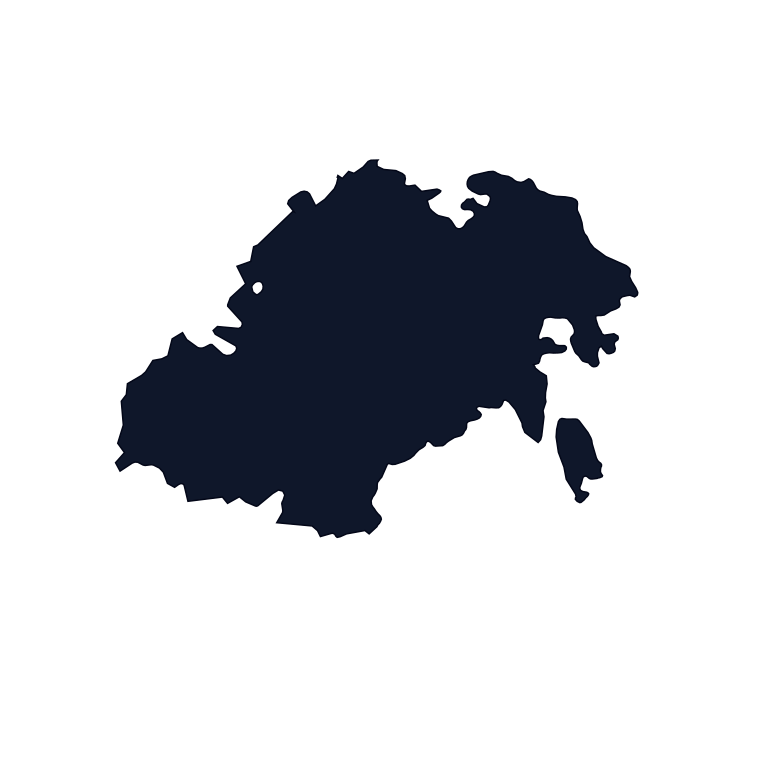 an SVG outline of Burgos, rotated 57°
{"feature_id": "ESP-5810", "entity_name": "Burgos", "entity_type": "Autonomous Community", "adm_level": 1, "iso_a3": "ESP", "parent_name": "Spain", "parent_adm1": "", "projection": "orthographic", "projection_center": [-3.389, 42.329], "detail": "fine", "context": "isolated", "style": "filled", "palette": "ink", "viewbox_px": 768, "rotation_deg": 57, "n_neighbors": 0, "source": "natural_earth", "source_scale": "10m", "svg_char_len": 6172}
<svg xmlns="http://www.w3.org/2000/svg" viewBox="0 0 768 768"><g transform="rotate(57 384 384)"><path d="M517.0,286.6L501.3,292.2L495.3,291.1L491.8,289.5L476.9,287.8L467.2,289.0L463.8,290.6L462.9,292.6L465.5,296.3L466.3,298.5L466.4,300.7L465.0,303.1L462.1,306.9L461.2,308.8L454.4,316.5L454.1,318.8L455.1,320.0L457.0,320.2L458.8,319.4L460.8,319.0L462.6,319.1L463.8,320.5L464.4,322.4L464.2,324.9L463.5,327.6L462.0,331.4L461.4,334.0L462.0,336.1L465.4,338.5L466.7,340.1L467.3,342.1L468.5,344.0L469.2,346.0L469.1,347.9L467.2,354.2L467.0,361.1L467.2,363.6L467.7,365.9L467.7,368.3L464.1,374.7L462.7,375.9L458.2,376.8L456.0,378.0L455.6,379.7L456.5,381.4L457.9,383.0L458.3,385.3L458.2,390.7L459.3,395.5L460.1,397.7L460.6,402.3L459.9,408.7L457.4,418.4L455.9,421.0L453.1,423.4L453.2,425.0L460.9,436.7L461.5,439.0L463.1,443.1L464.7,444.5L468.2,446.9L470.7,450.6L471.8,452.7L472.5,454.8L474.9,458.4L478.4,460.2L481.4,460.3L483.2,460.1L486.6,460.1L490.0,459.7L492.1,459.2L494.1,459.2L496.0,459.9L497.2,461.6L498.3,463.7L498.8,465.9L499.8,467.7L501.6,478.1L496.5,479.8L489.3,497.0L488.2,503.9L487.1,506.8L485.3,507.3L483.2,507.1L481.3,508.2L480.6,509.6L477.3,520.4L470.8,519.6L463.9,521.6L441.9,549.5L436.5,539.0L434.9,537.7L428.7,534.9L427.6,533.8L426.7,532.1L423.1,527.7L418.7,527.2L415.4,530.3L415.2,536.9L417.4,556.2L417.1,557.4L416.3,558.3L407.5,564.2L399.8,566.7L398.9,580.2L390.8,581.1L375.6,612.3L359.9,606.7L358.0,607.2L356.8,608.7L356.4,610.9L356.6,615.9L349.4,619.7L337.8,617.1L332.2,618.1L326.4,621.5L325.0,623.0L322.2,628.7L320.7,630.2L315.5,633.1L313.8,635.4L313.2,638.2L313.3,652.8L303.8,652.0L300.2,639.0L288.7,639.6L276.5,625.0L255.4,613.7L252.6,605.9L244.0,599.0L244.8,582.6L244.0,577.3L238.4,565.0L241.9,556.6L242.7,549.9L230.8,537.1L231.2,525.0L239.3,525.3L252.0,520.4L253.6,518.9L254.9,516.9L255.6,514.2L256.2,508.3L257.2,506.8L271.3,503.0L274.4,500.6L276.3,496.8L276.4,493.3L275.6,490.2L273.8,488.0L271.3,487.5L250.4,498.4L246.1,498.2L245.1,492.4L258.2,475.7L258.6,472.9L256.9,470.3L254.6,469.3L233.6,472.7L232.4,471.9L228.1,466.0L224.6,445.4L205.2,443.2L208.6,429.0L197.9,418.6L198.7,414.1L189.6,366.4L190.6,365.7L180.4,366.6L178.2,364.0L177.4,359.4L177.6,349.2L178.8,346.0L181.0,343.8L184.0,342.9L197.4,344.3L196.9,333.0L193.2,319.3L190.4,314.9L185.6,309.8L185.1,310.5L184.0,309.1L188.9,307.0L186.5,297.9L191.0,294.4L190.7,283.3L188.7,276.1L189.2,273.1L192.9,267.1L193.3,268.3L194.8,269.6L197.8,271.2L203.9,267.4L211.5,257.8L217.5,254.0L220.5,253.1L223.5,254.3L226.9,257.6L228.2,258.0L230.1,257.2L231.7,255.0L234.1,249.7L242.9,247.6L249.4,233.4L251.2,232.0L253.0,231.2L253.6,232.0L253.9,233.7L254.2,242.8L253.5,247.8L261.4,250.1L265.1,249.5L269.5,248.1L272.3,246.8L280.1,239.5L284.1,238.7L291.9,238.7L294.0,237.5L295.3,235.6L295.6,233.5L295.4,231.4L294.8,229.9L293.2,226.6L292.7,224.2L292.9,221.0L292.7,218.5L291.9,216.4L290.0,215.3L287.7,215.1L285.0,216.5L283.3,218.7L281.5,221.6L279.7,222.8L277.7,222.8L276.1,221.5L275.3,219.6L275.2,217.4L274.3,213.8L275.0,212.3L276.3,211.0L276.5,209.5L276.8,208.2L283.3,207.8L290.1,203.5L291.4,201.2L290.9,199.3L288.1,195.2L286.5,193.7L284.5,193.0L280.7,194.3L279.6,196.0L277.7,199.9L276.0,201.5L270.2,205.0L266.0,206.4L263.8,206.3L261.6,205.4L259.7,203.9L258.3,202.0L257.3,199.7L257.3,197.4L257.6,195.2L262.9,180.7L265.1,176.7L266.9,175.3L268.7,174.5L272.9,171.8L277.6,166.7L281.1,164.7L284.6,163.6L286.9,162.3L289.6,159.3L290.5,156.3L290.7,150.9L292.2,149.8L294.1,149.2L296.3,149.0L302.8,149.6L304.9,149.2L306.9,148.3L310.4,145.2L314.5,142.9L317.1,140.7L320.5,137.2L325.9,129.9L330.4,125.0L333.7,122.9L336.2,122.6L338.2,123.5L341.7,126.2L343.6,127.3L350.2,128.3L356.5,130.1L362.6,132.9L366.9,133.9L371.0,133.5L377.7,134.5L384.0,133.9L397.9,128.6L416.7,116.4L419.0,115.6L421.0,115.2L422.6,115.5L423.9,116.2L427.7,119.6L432.7,120.4L440.3,120.5L445.3,121.3L446.5,122.2L447.4,123.3L447.5,126.3L443.5,129.4L442.3,131.9L440.6,136.7L441.0,139.5L442.3,141.3L446.2,142.9L447.5,145.1L447.3,148.7L446.1,154.3L446.1,161.7L444.6,165.0L443.3,167.0L442.3,169.0L443.4,170.1L445.3,171.1L452.2,173.0L458.8,173.4L460.4,173.9L463.0,172.8L467.1,163.8L471.3,161.8L473.1,162.5L474.2,163.8L474.4,167.4L475.9,169.3L480.2,170.7L482.0,172.5L482.4,174.3L481.9,176.9L481.2,178.8L479.8,180.3L473.5,181.3L470.7,181.1L470.7,183.9L473.9,187.9L476.9,189.9L483.4,192.2L484.5,194.2L484.9,195.9L484.4,197.5L483.7,198.8L482.5,199.8L479.5,200.7L477.7,200.8L474.8,203.5L473.1,204.8L471.2,205.2L466.4,205.3L462.7,206.3L460.6,206.3L451.8,204.7L449.7,204.0L447.9,203.1L446.6,201.5L445.6,197.5L444.2,195.9L442.2,194.8L437.2,193.7L429.1,194.6L427.1,196.3L425.5,198.4L424.5,200.5L421.9,204.3L418.7,207.8L417.5,210.0L416.7,212.1L416.5,214.2L417.4,215.9L420.6,218.9L427.5,227.9L429.1,229.1L430.7,229.8L431.9,229.0L432.4,227.4L432.1,225.7L434.0,221.9L435.6,220.3L437.4,219.3L439.5,218.8L443.8,219.0L445.6,217.9L447.2,216.2L450.3,211.5L452.4,211.0L454.0,212.1L454.8,214.3L454.4,217.8L452.8,220.9L450.4,224.9L447.9,228.2L446.5,231.1L445.7,233.5L445.5,235.8L446.5,237.7L447.9,239.5L449.5,241.0L450.7,243.1L450.0,245.8L449.1,248.2L451.9,248.1L452.9,248.5L458.7,246.7L465.5,243.4L472.8,247.2L479.2,253.2L483.6,256.3L487.1,257.9L492.9,265.1L498.6,267.7L513.5,280.1L516.0,283.0L517.0,286.6ZM235.3,443.8L238.9,442.8L239.8,442.1L240.3,440.8L239.8,436.6L238.5,433.9L236.1,432.0L233.3,431.2L230.9,431.8L230.0,432.8L229.2,434.1L228.7,435.6L228.6,437.3L229.3,440.2L230.0,441.5L231.0,442.3L235.3,443.8ZM535.8,239.4L541.9,239.9L544.4,240.5L547.7,242.0L561.7,246.2L564.5,246.5L566.7,246.1L568.6,245.4L570.1,245.5L571.3,246.3L572.1,247.6L573.5,248.9L575.5,250.3L577.4,250.7L579.8,250.6L580.5,251.5L580.1,254.0L579.5,255.4L579.2,256.8L577.1,261.1L576.3,262.3L575.1,263.2L572.2,264.1L571.1,264.9L570.6,266.2L570.5,267.6L571.4,268.9L574.8,272.6L577.1,275.9L578.5,276.8L580.0,277.1L581.4,276.5L582.7,275.6L584.9,273.2L586.1,272.3L587.5,272.1L588.3,273.0L589.0,274.7L589.3,276.6L590.2,279.3L590.6,283.2L590.1,284.4L587.6,285.9L584.9,286.3L583.8,285.4L583.3,284.3L580.6,283.3L563.1,283.0L551.7,278.3L536.2,274.9L522.2,268.5L516.1,263.9L510.5,258.2L509.4,255.7L509.8,253.6L513.1,249.8L517.7,242.5L519.0,241.1L521.4,240.4L535.8,239.4Z" fill="#0f172a" stroke="#020617" stroke-width="1.5"/></g></svg>